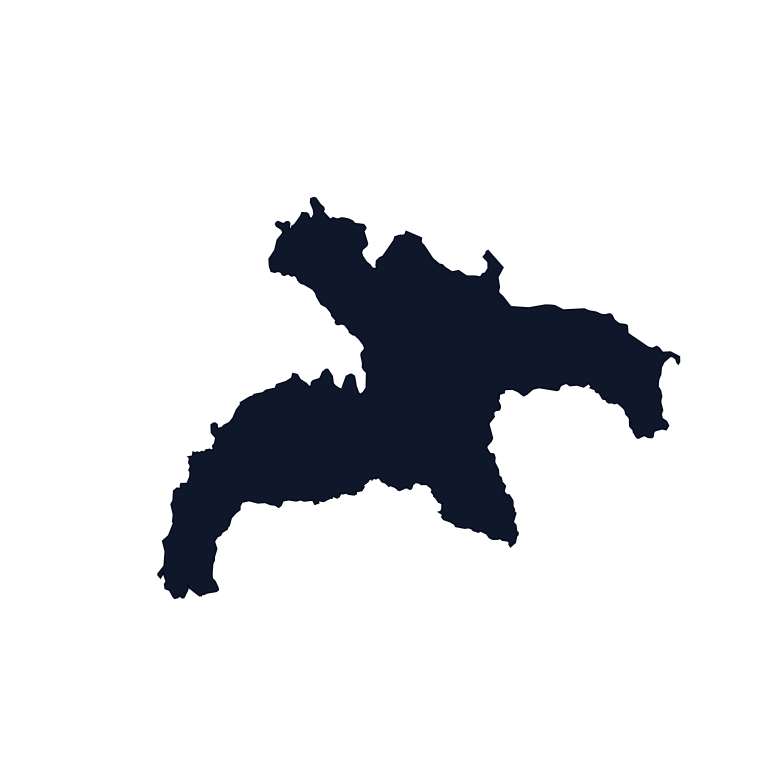 Porto Grande, Amapá, Brazil (Natural Earth projection), rotated 337°
{"feature_id": "56859067B81686186446663", "entity_name": "Porto Grande", "entity_type": "district", "adm_level": 2, "iso_a3": "BRA", "parent_name": "Brazil", "parent_adm1": "Amapá", "projection": "natural_earth1", "projection_center": [-51.672, 0.615], "detail": "fine", "context": "isolated", "style": "filled", "palette": "ink", "viewbox_px": 768, "rotation_deg": 337, "n_neighbors": 0, "source": "geoboundaries", "source_scale": "gbopen_adm2", "svg_char_len": 6171}
<svg xmlns="http://www.w3.org/2000/svg" viewBox="0 0 768 768"><g transform="rotate(337 384 384)"><path d="M101.4,472.0L102.5,475.2L107.1,471.7L106.4,480.6L103.8,482.6L102.7,486.8L106.1,490.1L106.8,497.5L107.7,499.6L111.0,500.0L112.3,498.5L115.0,502.2L116.5,502.3L123.1,496.5L124.6,493.0L125.0,495.2L131.4,506.8L133.1,507.5L134.4,506.2L135.7,507.3L139.9,507.2L148.6,509.4L151.1,508.7L151.5,506.9L151.4,500.0L149.9,495.8L151.7,490.8L156.1,482.4L159.0,479.8L160.0,477.1L165.6,470.3L166.3,462.6L170.8,459.5L174.4,459.3L176.9,457.3L182.9,456.3L184.3,454.5L186.2,453.8L191.0,447.6L197.0,444.7L202.2,443.4L203.6,440.1L207.1,437.2L214.3,438.6L221.5,444.2L228.3,446.5L232.3,450.5L236.6,452.9L238.9,456.3L241.8,455.5L245.3,452.0L251.1,453.3L257.5,457.3L262.2,458.0L264.7,460.5L273.1,463.0L273.4,467.7L277.4,467.9L277.4,466.4L278.8,466.1L282.5,468.5L290.0,468.0L291.5,468.8L292.3,467.3L293.8,467.8L296.2,470.5L298.7,470.2L301.8,467.4L302.6,468.8L306.8,469.6L308.0,471.4L313.2,474.4L315.5,474.3L316.3,472.1L321.9,473.4L325.4,471.0L324.8,469.2L331.3,467.5L332.4,466.4L335.7,465.9L335.6,467.5L337.6,466.5L339.5,468.1L342.8,467.9L343.9,473.1L346.8,475.7L348.5,480.0L350.0,479.7L351.0,480.6L354.2,483.7L355.7,487.2L356.9,488.1L363.3,487.9L365.2,488.9L366.5,490.9L368.2,491.1L371.3,487.8L374.6,486.9L377.6,488.7L379.0,491.0L384.0,493.0L386.7,498.0L387.1,500.6L385.5,501.9L386.5,505.3L386.0,507.0L387.1,508.7L388.1,514.1L390.7,516.7L388.6,521.6L386.5,523.6L384.4,523.3L386.5,526.1L386.5,528.4L385.2,528.9L386.0,532.0L391.3,536.8L394.3,541.0L394.3,543.1L401.9,548.2L405.7,549.3L408.2,551.6L408.8,553.6L413.2,557.4L414.7,556.5L416.0,557.6L420.0,562.1L421.0,566.6L423.3,569.3L428.5,571.5L429.9,570.8L432.0,574.0L437.1,577.1L437.5,579.2L436.5,580.2L436.8,583.2L442.9,581.2L446.5,575.9L448.3,575.2L449.3,573.3L448.5,571.1L450.2,565.6L448.9,561.7L454.9,554.4L453.6,551.5L455.0,550.8L454.8,546.8L456.8,542.5L456.8,540.3L455.7,534.8L453.9,534.4L452.5,530.9L452.8,529.2L455.9,525.2L454.3,520.2L455.2,516.0L453.7,513.4L455.7,507.6L455.2,499.1L457.4,495.0L457.7,491.5L454.4,489.4L453.5,483.9L454.0,481.6L460.3,478.5L462.7,476.2L464.7,462.3L465.8,460.8L472.6,457.2L473.1,454.0L474.4,452.6L476.3,452.0L480.1,452.8L481.6,451.5L482.6,449.1L482.3,443.8L484.2,442.5L486.1,438.5L491.3,439.0L492.0,437.0L493.9,436.5L500.4,439.0L504.4,443.2L507.9,449.4L511.4,449.2L519.0,446.7L525.3,447.8L540.7,457.5L542.4,457.7L545.8,454.5L551.4,454.3L553.2,455.7L554.2,458.0L561.5,460.4L566.5,464.7L572.8,463.4L573.7,467.2L572.4,468.1L576.3,471.8L575.8,473.7L576.8,475.2L578.5,475.5L579.5,483.2L582.2,485.0L582.4,487.6L583.6,489.3L586.3,490.0L588.4,492.1L591.5,492.5L595.0,499.7L595.6,502.2L594.9,506.4L596.4,510.1L596.4,512.2L593.7,519.0L595.4,523.8L594.8,525.7L595.7,531.7L596.7,533.2L603.6,533.0L606.3,536.3L609.3,537.9L610.9,537.7L613.4,533.8L615.4,532.9L622.6,533.9L625.8,536.3L629.7,533.5L629.4,528.9L626.5,524.4L627.3,520.1L630.2,516.9L631.3,509.7L632.4,506.8L634.6,504.2L635.9,498.2L635.2,493.3L638.6,487.0L642.4,483.3L645.7,477.0L650.5,472.9L658.6,470.3L660.9,472.1L662.5,475.1L662.1,479.0L662.7,480.6L664.7,479.0L666.6,474.3L660.2,466.5L652.7,463.8L651.3,458.3L649.6,456.0L644.9,456.1L641.4,453.3L629.0,434.0L628.3,432.4L630.7,425.3L629.6,423.8L623.9,420.4L621.0,415.1L620.6,409.5L619.1,407.6L614.5,406.8L611.3,405.1L607.3,400.8L601.2,396.9L597.7,393.2L577.9,386.0L571.8,378.7L568.3,376.7L563.6,374.5L547.0,370.6L530.8,362.4L527.4,349.6L525.4,345.6L525.5,343.2L528.0,340.0L530.5,330.1L539.0,323.3L531.9,301.8L530.0,302.1L528.7,303.9L525.1,305.8L527.5,312.2L525.2,318.2L520.6,321.5L517.9,321.1L514.5,323.3L510.5,320.6L502.1,316.9L497.0,308.9L490.2,307.4L485.5,300.4L484.3,297.2L481.6,295.2L477.8,287.6L474.9,272.1L473.6,269.1L473.8,267.0L475.5,264.2L464.0,252.2L461.8,254.6L459.8,254.8L456.6,253.3L451.6,252.9L449.1,255.8L433.0,266.0L429.2,266.2L425.2,267.8L423.0,272.0L422.9,274.1L421.0,274.3L418.6,273.1L417.6,268.9L415.4,264.7L414.1,257.6L414.7,253.9L416.7,251.7L422.1,250.0L423.7,248.3L425.1,235.4L427.9,233.8L428.4,232.4L427.5,229.3L419.7,224.9L418.7,221.6L415.8,218.4L410.3,214.7L405.3,214.0L401.9,210.9L400.3,211.6L398.6,211.1L395.2,201.4L397.1,199.8L397.4,198.0L395.3,193.3L393.9,186.3L392.4,185.1L389.2,184.8L387.3,188.2L387.2,195.9L386.1,200.0L383.2,202.9L381.9,203.1L380.5,201.9L380.7,198.1L379.8,196.5L375.4,194.3L373.2,196.7L364.0,202.4L361.1,202.8L358.4,205.3L357.4,203.8L359.9,199.3L359.6,197.5L357.7,196.5L354.1,197.4L349.8,193.0L347.9,193.3L346.7,194.3L346.7,196.5L350.0,201.5L350.5,204.2L349.6,205.7L342.1,209.7L335.7,218.3L327.1,224.0L324.6,231.1L324.2,236.2L327.2,238.5L330.2,238.7L332.7,240.5L333.3,243.9L334.7,245.0L338.8,245.0L341.1,248.5L344.3,248.9L345.4,251.7L345.4,255.1L346.8,258.7L349.2,260.6L355.5,268.9L356.7,273.6L356.3,277.4L357.4,286.0L361.1,290.6L363.2,297.6L362.7,300.7L364.7,306.7L363.4,307.9L363.4,310.0L364.7,311.3L368.6,312.1L371.0,314.1L372.9,321.1L372.4,322.7L374.5,326.4L376.3,327.4L378.8,333.1L380.5,340.0L380.3,343.2L379.6,344.4L375.2,346.7L374.1,348.6L372.5,356.5L370.7,360.2L370.9,362.8L372.5,366.6L366.2,380.6L361.5,383.7L358.1,384.4L357.1,382.1L357.4,375.3L359.6,366.2L359.5,364.5L357.3,362.0L352.4,362.2L343.2,372.1L341.6,371.5L338.4,366.7L337.4,363.7L339.4,356.7L337.9,348.6L336.5,347.9L332.1,349.1L327.8,353.4L326.3,353.9L320.1,353.3L317.8,354.3L316.8,356.5L315.1,357.7L313.7,356.6L312.8,353.4L308.5,347.2L307.9,341.5L304.2,338.8L301.4,342.5L294.7,343.6L285.7,342.7L284.4,343.0L282.6,345.5L272.9,343.7L269.1,344.8L260.7,343.0L257.9,344.0L256.0,343.5L244.5,345.1L244.3,346.7L238.2,350.1L231.8,356.3L226.8,359.1L220.1,359.6L218.8,360.6L214.1,360.4L213.5,358.7L214.5,356.3L213.5,354.2L211.7,353.4L208.9,354.1L206.1,361.6L208.2,367.7L204.9,372.7L202.2,373.9L201.5,377.5L199.6,377.6L197.9,376.0L194.6,375.2L191.5,376.6L190.4,375.1L186.3,375.0L185.5,373.6L184.1,374.1L181.6,372.1L179.6,375.6L175.4,374.6L176.2,376.3L173.5,380.2L173.9,383.3L173.2,384.9L170.8,387.1L171.2,389.1L169.1,393.5L163.9,398.7L158.2,396.4L156.8,398.0L156.6,400.0L155.2,400.3L152.7,399.0L148.6,400.3L144.4,408.8L141.0,411.6L139.2,421.8L135.7,428.2L135.9,429.9L126.4,439.5L118.9,442.1L117.2,452.7L110.5,465.6L101.7,470.5L101.4,472.0Z" fill="#0f172a" stroke="#020617" stroke-width="1.5"/></g></svg>